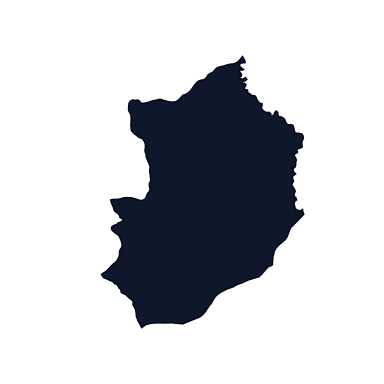 São Francisco de Sales, Minas Gerais, Brazil (Robinson projection), rotated 316°
{"feature_id": "56859067B34500113916882", "entity_name": "São Francisco de Sales", "entity_type": "district", "adm_level": 2, "iso_a3": "BRA", "parent_name": "Brazil", "parent_adm1": "Minas Gerais", "projection": "robinson", "projection_center": [-49.843, -19.775], "detail": "fine", "context": "isolated", "style": "filled", "palette": "ink", "viewbox_px": 384, "rotation_deg": 316, "n_neighbors": 0, "source": "geoboundaries", "source_scale": "gbopen_adm2", "svg_char_len": 4411}
<svg xmlns="http://www.w3.org/2000/svg" viewBox="0 0 384 384"><g transform="rotate(316 192 192)"><path d="M69.7,188.4L69.2,190.4L69.0,192.3L69.8,194.1L70.8,196.2L71.4,198.4L72.4,200.2L72.9,201.9L72.7,204.2L73.8,206.3L73.5,208.2L72.9,210.2L72.9,213.0L71.3,215.1L72.3,217.8L73.2,220.5L73.1,223.1L73.4,225.7L73.9,228.5L73.1,230.6L71.5,231.7L70.8,233.5L70.3,236.1L68.8,238.9L67.0,241.3L65.5,242.9L64.9,244.7L63.9,246.5L63.2,249.4L61.6,254.6L66.5,255.3L69.8,257.0L71.7,258.4L73.0,259.3L75.8,261.7L78.5,264.3L81.9,267.7L86.6,272.0L89.1,275.0L93.9,280.5L95.5,281.1L98.6,282.3L101.0,283.3L107.7,286.0L109.5,286.8L111.4,287.3L113.0,287.6L118.0,287.4L124.7,285.9L128.6,285.4L132.8,284.1L136.1,283.4L140.4,283.5L143.3,284.1L149.9,286.1L151.7,287.0L155.8,288.8L159.3,289.7L161.4,290.4L165.1,292.2L171.2,294.3L179.2,298.3L180.8,299.4L184.9,299.5L192.4,298.8L195.5,298.8L197.4,299.9L199.2,300.2L205.4,294.6L207.7,293.4L209.8,291.8L213.5,290.7L216.8,290.4L224.9,290.9L228.8,290.4L232.8,288.6L237.0,286.6L238.7,286.2L256.9,285.7L257.9,283.3L259.3,281.4L256.9,281.0L255.6,279.0L254.8,277.4L255.0,275.2L255.9,273.6L256.9,271.9L258.3,270.3L259.9,270.1L261.8,270.3L262.7,268.3L262.4,265.9L264.4,264.2L266.9,263.0L267.7,260.8L268.0,258.8L268.5,256.1L270.4,255.4L272.5,254.7L273.6,252.5L274.9,250.4L276.7,250.6L279.0,251.0L279.1,248.4L279.8,246.5L281.3,245.4L283.2,245.7L285.4,244.6L287.1,242.7L289.2,241.6L290.3,239.2L290.5,237.2L291.5,235.8L293.4,236.4L295.6,236.7L296.6,234.1L299.0,234.7L301.0,235.9L302.6,236.1L303.9,234.4L305.4,232.5L307.5,231.5L309.5,230.7L310.9,228.7L311.4,226.5L310.2,224.9L309.0,223.3L307.1,221.2L308.4,218.7L309.8,216.4L310.9,214.2L309.8,212.1L307.7,210.5L307.5,207.8L308.3,205.8L309.1,204.1L309.0,202.2L308.4,200.1L306.8,197.9L307.7,195.6L309.1,194.3L308.6,192.1L306.2,192.6L304.0,193.7L301.8,192.6L301.4,190.4L303.0,190.7L302.8,188.2L300.6,186.4L299.8,183.4L299.8,181.2L300.4,179.5L302.0,178.7L303.7,177.3L302.4,175.1L302.5,172.4L303.0,170.1L303.9,168.4L304.0,166.2L302.2,164.7L301.7,161.4L301.2,158.9L302.7,157.3L301.4,155.1L301.3,153.3L303.3,153.1L305.2,152.4L305.4,150.4L303.9,149.1L304.9,147.4L307.4,148.9L309.7,149.1L309.9,146.8L307.9,146.5L306.5,145.8L305.6,143.9L306.3,141.8L308.0,142.9L309.5,141.5L309.7,138.6L311.4,137.0L312.3,138.8L314.1,139.7L313.8,137.2L313.5,135.2L314.6,133.3L316.9,133.3L318.4,134.5L320.1,135.8L321.2,134.3L321.8,131.9L322.4,129.7L320.1,129.9L317.6,130.3L315.8,130.2L314.2,130.1L312.2,129.3L310.5,128.5L308.8,127.0L306.6,125.6L304.9,124.6L302.7,123.7L300.5,122.2L298.5,121.1L296.8,120.2L294.8,120.0L292.8,120.2L291.1,120.3L289.5,120.2L287.6,119.5L284.8,118.9L282.5,119.7L280.0,119.8L277.8,119.0L276.0,117.8L274.2,116.9L271.9,116.6L268.8,116.9L266.0,117.3L263.5,117.8L261.3,118.1L258.5,118.1L256.2,117.6L254.6,117.2L253.0,116.2L251.5,116.2L249.6,116.3L246.7,116.5L243.3,116.0L241.1,114.4L238.9,112.2L237.2,109.7L235.8,107.4L234.7,105.3L233.5,103.1L231.5,101.9L229.4,100.7L227.3,99.3L225.7,98.4L223.6,97.5L221.3,96.3L219.5,95.1L218.1,94.1L216.9,92.4L217.4,89.5L216.5,87.8L214.9,86.9L213.4,84.7L211.0,83.8L208.3,84.4L206.5,86.0L204.6,87.6L203.4,88.9L202.6,90.5L202.3,92.5L201.2,94.7L199.6,96.5L198.1,98.0L196.8,99.4L194.8,101.2L193.2,103.0L192.1,104.3L191.1,106.0L190.9,108.5L191.0,110.6L191.5,112.5L191.6,114.7L192.2,116.7L193.4,119.0L192.9,122.4L192.0,124.7L190.6,126.4L188.9,128.2L187.4,129.0L186.2,130.6L185.3,132.8L183.6,134.8L182.8,136.5L181.8,139.0L181.0,141.2L180.4,142.9L179.1,145.2L177.0,146.7L175.8,147.9L174.7,149.4L173.6,151.1L172.3,152.4L171.1,154.3L169.7,155.5L167.4,156.1L165.4,158.2L164.2,160.2L163.0,161.5L161.2,162.1L159.1,162.2L157.0,163.1L155.0,164.2L152.6,164.3L150.6,163.7L148.7,161.9L147.5,159.5L145.9,156.6L144.5,154.3L143.2,152.9L141.9,151.4L140.5,150.1L139.1,149.0L137.6,148.1L136.1,147.3L134.3,146.3L132.4,144.7L131.0,143.3L129.6,142.2L128.1,141.3L127.0,142.9L125.9,145.4L125.1,147.9L124.0,149.8L123.1,152.2L123.5,154.0L123.7,156.2L123.7,158.8L122.5,160.1L123.0,161.8L124.2,163.4L122.3,164.3L119.5,164.2L117.6,163.0L115.8,163.1L114.3,162.6L112.6,161.8L110.8,161.4L109.2,161.7L108.0,163.7L108.1,166.6L108.4,168.7L108.9,170.6L109.0,173.0L108.1,175.8L107.2,177.9L106.2,179.7L105.2,181.3L103.5,182.8L101.5,183.4L99.8,183.7L98.3,184.7L96.4,186.6L94.8,187.7L92.5,188.7L90.4,189.3L88.6,189.4L87.0,189.4L85.3,189.1L83.2,189.1L81.0,189.3L78.6,189.4L75.3,189.4L73.7,189.2L71.7,188.7L69.7,188.4Z" fill="#0f172a" stroke="#020617" stroke-width="1.5"/></g></svg>